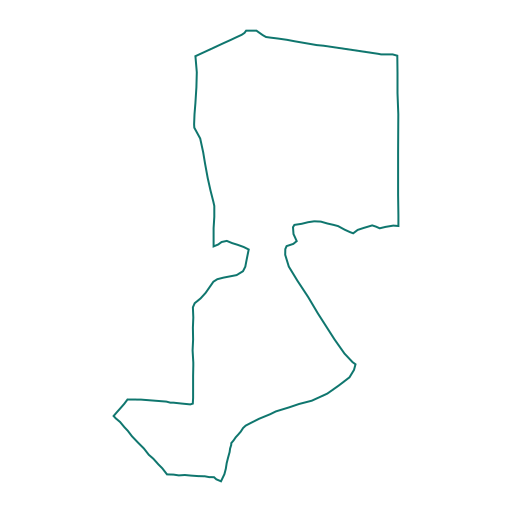 Al-Qurna, Al-Basrah, Iraq
{"feature_id": "34846034B80013069152420", "entity_name": "Al-Qurna", "entity_type": "district", "adm_level": 2, "iso_a3": "IRQ", "parent_name": "Iraq", "parent_adm1": "Al-Basrah", "projection": "natural_earth1", "projection_center": [47.414, 30.944], "detail": "fine", "context": "isolated", "style": "outline", "palette": "teal", "viewbox_px": 512, "rotation_deg": 0, "n_neighbors": 0, "source": "geoboundaries", "source_scale": "gbopen_adm2", "svg_char_len": 2245}
<svg xmlns="http://www.w3.org/2000/svg" viewBox="0 0 512 512"><path d="M355.5,364.3L352.5,362.1L344.5,353.6L334.5,339.4L317.8,313.3L308.2,297.1L297.4,280.7L288.8,266.6L285.2,254.8L285.3,249.1L286.6,246.1L293.3,243.9L296.7,241.1L294.9,237.1L293.5,234.1L293.0,227.2L294.4,224.9L301.7,223.8L308.1,222.2L311.5,221.7L314.2,221.3L320.8,221.6L327.4,223.5L333.6,224.9L338.1,226.1L344.7,229.7L350.2,232.2L353.2,233.3L357.7,229.9L363.8,227.9L368.2,226.6L372.2,225.4L375.9,226.6L379.7,228.3L385.5,226.9L393.3,225.6L398.4,226.0L398.4,215.4L398.1,194.8L398.1,184.2L398.1,153.0L398.3,114.3L397.5,93.1L397.5,73.1L397.3,55.7L392.6,54.4L381.1,54.4L378.1,53.8L323.4,45.7L316.8,45.1L294.8,41.3L286.9,39.8L277.7,38.5L270.3,37.6L266.0,37.0L264.6,36.2L262.7,35.1L258.3,32.0L256.5,30.7L253.7,30.7L249.9,30.7L248.4,30.7L246.1,30.7L244.5,32.9L241.7,34.8L235.6,37.6L231.0,39.8L224.1,42.9L195.4,56.2L195.5,57.0L196.8,72.3L196.4,87.3L195.4,103.2L194.5,114.3L194.1,124.3L194.3,127.7L200.2,138.5L203.2,152.4L205.0,163.3L207.7,178.0L210.5,190.5L213.4,201.9L214.3,206.0L214.3,216.9L213.6,228.1L213.6,236.4L213.6,245.8L213.6,246.4L218.2,244.5L221.6,242.0L226.8,240.9L232.1,243.1L237.3,244.7L239.0,245.3L243.7,247.0L248.7,249.5L246.9,258.4L246.4,260.9L245.3,266.7L243.0,271.2L236.6,275.1L230.9,276.2L223.6,277.6L217.3,279.2L213.4,281.7L205.6,292.9L200.6,298.4L194.7,303.2L192.9,307.3L193.3,317.6L192.9,327.6L193.1,339.6L192.6,350.4L193.3,362.7L193.3,365.8L193.1,375.8L193.1,388.0L193.1,398.0L192.8,403.6L190.3,404.4L182.1,403.6L173.7,402.7L170.5,402.7L166.4,401.6L140.9,399.6L127.5,399.5L124.2,403.9L120.0,408.7L116.7,412.4L113.6,416.0L115.7,418.3L120.1,422.0L124.4,427.2L127.8,430.8L131.9,436.2L137.9,442.5L143.9,448.5L148.8,454.8L153.3,458.7L158.4,464.4L162.3,468.3L167.0,474.4L173.5,474.6L178.8,475.4L184.8,475.0L191.1,475.6L198.1,476.1L204.9,476.3L209.1,477.1L214.0,477.2L216.3,479.3L221.0,481.3L224.4,474.2L225.8,468.8L226.7,463.1L228.0,457.9L229.6,452.1L230.1,448.5L231.2,445.0L231.3,443.1L233.5,440.5L235.7,437.3L238.0,434.8L240.7,431.7L243.1,428.0L245.7,425.6L250.7,423.0L259.0,418.8L270.2,414.2L275.9,411.4L289.0,407.4L294.9,405.4L299.0,404.0L311.8,400.7L327.3,393.6L338.8,385.5L349.5,377.3L354.0,369.9L355.5,364.3Z" fill="none" stroke="#0f766e" stroke-width="2"/></svg>